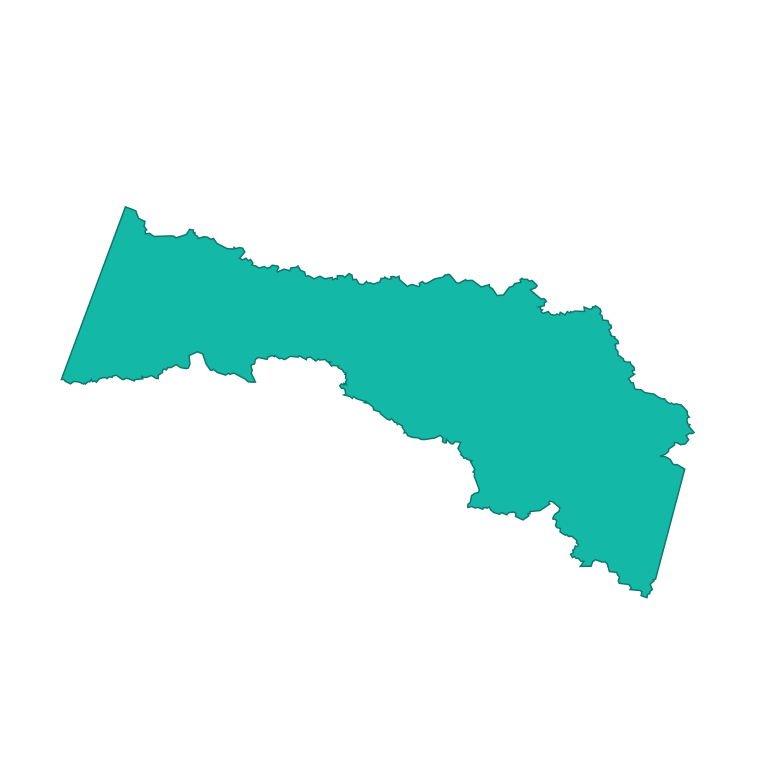 São Félix do Xingu, Pará, Brazil (Equal Earth projection), rotated 105°
{"feature_id": "56859067B65108742349990", "entity_name": "São Félix do Xingu", "entity_type": "district", "adm_level": 2, "iso_a3": "BRA", "parent_name": "Brazil", "parent_adm1": "Pará", "projection": "equal_earth", "projection_center": [-52.202, -7.461], "detail": "fine", "context": "isolated", "style": "filled", "palette": "teal", "viewbox_px": 768, "rotation_deg": 105, "n_neighbors": 0, "source": "geoboundaries", "source_scale": "gbopen_adm2", "svg_char_len": 6112}
<svg xmlns="http://www.w3.org/2000/svg" viewBox="0 0 768 768"><g transform="rotate(105 384 384)"><path d="M279.8,679.6L463.1,696.8L462.5,694.4L463.9,692.5L465.0,686.8L461.8,684.3L461.0,679.3L461.8,674.1L460.9,673.4L461.3,672.4L458.3,670.4L458.1,668.8L455.2,668.0L457.2,666.3L456.0,663.9L456.7,662.2L452.8,660.4L450.9,657.8L449.8,654.2L450.5,653.0L448.0,651.2L448.0,648.3L446.3,647.8L444.8,644.8L447.2,638.4L447.1,636.5L444.9,634.3L445.6,625.9L444.2,625.8L441.4,618.4L438.9,620.4L439.9,618.2L439.1,615.1L436.0,610.9L437.6,605.4L437.2,603.5L434.1,604.4L430.2,600.9L428.3,601.7L426.3,600.1L426.8,598.1L423.9,596.8L423.3,594.0L419.0,589.7L420.8,584.8L420.3,579.0L419.3,577.2L415.0,576.6L407.0,579.6L401.2,572.6L401.8,567.0L410.5,561.1L415.6,555.3L415.4,553.6L413.9,552.8L416.0,548.1L416.4,539.3L413.7,536.7L414.5,535.3L412.3,531.8L415.2,519.0L417.1,515.7L415.8,509.7L415.4,508.7L407.9,515.0L404.6,514.9L401.7,517.0L399.7,516.9L398.0,514.2L393.7,514.7L390.9,512.3L390.5,503.3L388.2,503.1L385.6,499.7L385.9,497.0L384.8,496.8L386.6,491.6L385.6,489.5L386.2,486.4L381.5,481.7L380.2,473.8L378.7,473.1L380.6,465.3L378.6,465.3L377.0,462.3L379.4,455.8L376.8,453.8L377.5,452.3L375.5,447.2L377.1,444.5L376.7,441.5L377.8,442.7L380.3,439.3L379.2,438.0L378.4,432.7L380.0,432.6L381.1,427.8L383.1,425.8L383.4,423.5L384.8,424.2L385.0,423.1L388.4,422.6L389.6,420.7L391.8,421.8L394.3,420.1L393.7,422.9L395.2,422.5L394.9,425.2L397.2,426.3L399.1,424.0L398.7,421.9L399.8,420.1L403.7,418.3L404.9,419.8L404.8,413.7L406.1,410.8L403.8,409.8L405.3,407.0L405.8,396.7L407.0,398.0L406.8,393.8L409.0,388.7L411.7,387.3L412.0,380.8L413.4,380.0L417.0,372.2L417.4,369.1L415.4,368.0L418.2,363.8L418.1,361.7L419.7,360.6L418.6,359.5L419.8,355.1L421.1,355.2L423.6,352.1L426.1,351.9L425.3,350.6L425.9,349.2L427.8,347.8L428.2,342.6L427.2,337.2L427.9,333.7L427.1,330.2L423.0,321.0L419.1,316.3L420.8,313.0L424.6,312.6L425.2,310.3L424.6,308.6L421.2,309.4L424.2,304.3L424.2,302.0L421.1,300.3L420.5,294.8L427.1,295.9L431.3,291.1L432.5,291.5L433.6,288.6L435.0,287.9L434.2,284.9L435.2,284.5L435.5,279.3L436.7,280.3L443.1,274.1L445.9,275.2L446.1,273.7L449.6,273.0L461.6,264.5L464.4,264.8L466.3,268.2L469.3,270.5L476.2,270.0L478.5,271.8L481.5,271.1L479.5,267.3L480.2,264.3L478.9,261.2L479.4,256.3L477.3,255.3L477.2,252.3L475.5,250.3L478.0,248.4L479.7,244.8L479.9,238.5L477.9,237.4L478.5,231.5L476.0,230.4L474.1,225.4L474.9,223.0L477.9,222.6L479.3,214.6L473.9,210.0L472.0,211.5L471.6,209.4L469.4,209.9L465.8,200.5L457.0,192.8L455.9,194.2L454.4,193.8L454.1,190.6L458.1,182.1L461.6,181.9L465.8,185.3L469.8,186.2L470.8,185.7L470.2,183.7L471.8,181.6L476.5,181.7L477.9,179.8L477.9,176.3L481.4,175.6L483.1,169.7L482.2,168.8L483.5,166.3L482.4,163.2L485.4,156.9L487.6,157.1L488.6,154.7L489.8,154.6L491.0,155.3L490.9,157.3L494.1,157.3L495.8,158.7L497.9,157.3L500.2,159.8L502.8,156.9L501.3,155.4L502.7,153.2L502.1,151.4L504.3,147.7L503.6,145.0L509.4,147.2L506.4,136.8L501.7,136.5L498.9,134.3L499.6,127.6L498.6,124.3L499.7,122.0L506.8,117.7L505.7,110.1L507.6,109.4L509.7,106.5L513.4,106.8L515.6,105.2L514.3,95.4L517.0,92.4L518.9,93.2L517.2,83.2L517.9,81.1L521.9,80.9L522.3,74.7L519.0,74.9L517.6,73.0L515.7,73.4L513.0,71.6L508.5,75.1L504.3,72.3L503.5,73.2L502.1,71.2L388.4,71.5L385.9,80.2L386.7,81.4L386.5,84.4L382.9,87.8L382.1,90.5L381.5,93.6L382.5,98.8L379.2,94.3L375.4,91.7L373.2,92.2L367.8,87.6L365.4,88.3L364.9,85.9L365.9,81.7L363.8,77.4L358.9,75.3L355.8,78.7L352.6,76.2L352.2,73.5L350.6,71.9L346.0,78.6L344.3,77.9L343.7,80.6L340.1,82.2L338.0,82.0L337.0,80.5L335.4,82.9L331.9,84.0L327.3,91.4L327.5,96.4L328.8,99.2L328.0,101.3L328.9,102.7L328.5,105.3L325.7,109.3L326.4,111.5L325.8,115.5L323.9,120.5L324.8,129.9L323.0,134.0L324.0,139.6L323.2,141.0L318.4,143.5L318.9,145.4L315.4,149.2L309.7,144.5L309.3,146.4L307.2,147.6L305.9,145.7L303.3,146.7L300.8,150.9L299.0,151.9L300.1,155.1L299.7,158.3L297.7,159.3L295.3,165.6L291.9,166.5L289.9,169.6L287.4,169.9L286.9,171.1L285.3,170.6L284.3,168.0L281.6,169.4L280.0,173.1L278.7,173.2L278.9,176.0L277.9,178.1L277.0,177.7L273.5,180.8L270.9,178.8L268.5,179.8L268.2,182.0L264.8,184.1L265.6,189.3L261.5,191.2L260.4,193.7L258.2,193.1L255.8,194.4L254.4,197.6L253.8,200.1L255.1,200.2L255.5,202.5L257.2,202.4L258.6,204.5L257.9,210.7L262.0,209.0L264.1,218.3L266.0,221.0L265.9,222.5L267.2,222.8L266.7,225.8L270.4,227.0L269.1,232.3L271.7,232.4L271.7,235.1L273.4,236.9L273.7,240.9L271.5,244.1L274.6,248.7L273.5,251.1L271.3,250.2L271.3,252.2L269.7,252.6L269.6,254.7L266.8,249.4L263.9,250.2L262.4,248.5L261.4,249.4L260.2,251.2L261.3,254.3L255.3,267.1L252.0,262.7L249.8,261.5L248.7,262.3L245.7,267.9L247.1,270.5L245.8,272.6L246.9,276.7L246.2,278.3L248.1,279.6L250.3,278.0L253.2,283.8L255.9,284.6L258.3,288.1L267.0,291.6L269.3,297.7L263.9,303.8L263.1,306.9L260.8,308.0L265.1,315.2L261.0,325.7L262.9,331.3L262.0,332.1L267.5,338.0L267.2,340.6L261.5,348.6L261.4,350.5L262.8,351.5L262.5,353.0L265.7,354.9L269.4,362.4L275.5,368.3L276.3,370.8L275.1,373.5L277.8,376.0L279.8,374.7L280.9,375.6L280.6,382.9L283.7,386.7L279.1,396.0L276.0,397.4L278.2,400.0L277.6,402.4L278.6,405.2L280.3,404.0L281.7,406.6L280.6,410.8L281.7,410.7L282.9,414.3L286.4,414.3L290.2,420.0L289.8,423.8L290.7,426.0L289.4,427.5L293.4,429.8L293.8,434.0L290.0,437.9L291.4,441.0L287.3,443.0L286.3,446.3L291.2,449.5L290.1,452.1L291.6,457.1L294.8,456.2L294.5,458.0L296.5,460.5L294.5,461.5L297.7,468.4L296.5,473.8L300.5,478.8L299.0,484.6L300.1,487.5L296.3,489.8L295.8,494.1L292.2,497.7L294.0,498.9L295.9,504.0L299.0,504.2L298.9,510.2L303.3,515.9L302.2,516.8L298.8,515.8L297.6,517.0L298.2,522.8L301.1,524.4L302.4,526.7L301.6,530.1L304.3,534.8L303.2,538.0L303.2,542.6L301.0,542.0L298.3,545.1L300.0,546.8L298.2,549.9L300.7,552.6L299.9,556.0L292.5,552.6L289.4,555.8L289.6,558.9L291.6,562.2L290.8,564.3L292.5,564.1L293.9,570.3L291.5,581.7L287.6,586.3L289.1,588.6L287.9,592.8L288.5,596.4L291.5,601.2L289.7,602.3L289.0,604.9L286.8,605.8L287.6,606.9L284.6,608.1L285.0,611.8L290.8,613.6L296.7,622.8L295.6,625.4L296.0,627.7L301.0,644.3L299.2,649.4L300.6,653.3L298.2,654.4L296.6,653.1L293.7,656.6L288.9,656.9L287.5,664.1L281.0,668.5L279.8,679.6Z" fill="#14b8a6" stroke="#0f766e" stroke-width="1.5"/></g></svg>